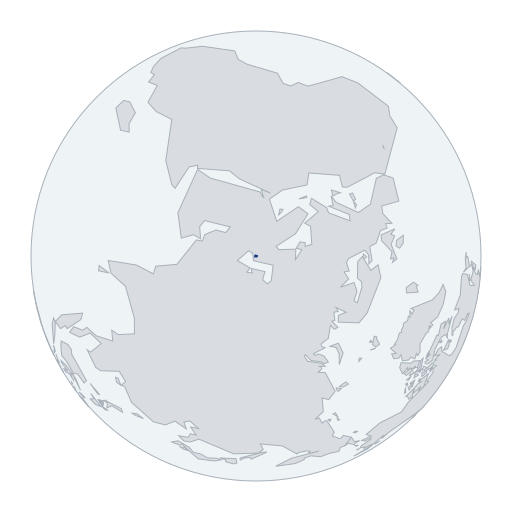 Sabirabad highlighted on a globe, orthographic projection, rotated 135°
{"feature_id": "AZE-1714", "entity_name": "Sabirabad", "entity_type": "District", "adm_level": 1, "iso_a3": "AZE", "parent_name": "Azerbaijan", "parent_adm1": "", "projection": "orthographic", "projection_center": [48.677, 39.865], "detail": "fine", "context": "on_globe", "style": "filled", "palette": "blue", "viewbox_px": 512, "rotation_deg": 135, "n_neighbors": 0, "source": "natural_earth", "source_scale": "10m", "svg_char_len": 11108}
<svg xmlns="http://www.w3.org/2000/svg" viewBox="0 0 512 512"><g transform="rotate(135 256 256)"><circle cx="256" cy="256" r="225" fill="#eef3f6" stroke="#a8b0b8"/><path d="M239.2,31.3L241.7,31.2L246.4,30.9L261.7,33.0L285.8,37.3L296.2,38.1L291.8,38.9L313.4,40.8L328.3,45.3L309.7,40.7L306.5,40.7L315.7,43.7L314.4,44.5L318.1,46.6L315.6,47.4L305.0,45.3L303.2,46.0L309.8,48.1L311.6,50.8L302.1,47.4L304.2,51.9L286.7,50.4L263.3,42.9L251.8,44.9L222.9,45.1L223.8,46.6L213.3,48.5L210.4,51.1L205.9,50.9L207.5,53.3L212.2,53.1L214.4,54.2L213.1,55.9L207.1,55.7L206.9,54.8L204.5,55.7L202.0,55.0L202.5,56.4L195.4,56.3L200.4,59.0L193.1,61.2L188.9,60.6L192.0,57.1L189.9,48.9L186.7,48.1L178.9,49.9L158.8,60.0L154.0,61.0L145.7,64.8L147.0,65.5L154.0,62.9L154.5,65.8L163.0,62.9L164.5,63.8L172.2,62.7L168.1,66.8L160.0,71.6L153.4,72.9L149.6,75.3L153.6,77.5L139.0,84.1L125.5,95.9L122.1,97.5L119.5,93.4L125.5,83.9L122.2,80.8L121.3,87.1L112.7,91.9L110.1,94.7L108.8,97.2L110.9,97.1L107.4,99.9L106.9,94.2L110.1,91.6L110.2,93.2L112.9,89.1L112.6,86.2L108.2,89.4L112.2,83.4L109.2,85.7L108.4,86.1L112.9,82.6L104.8,89.1L105.4,88.5L118.0,77.9L131.4,68.3L145.4,59.7L160.0,52.2L175.2,45.7L190.7,40.4L206.7,36.2L222.8,33.2L239.2,31.3ZM31.6,276.2L33.0,287.7L33.8,293.3L31.6,276.2ZM246.0,30.9L248.6,30.9L242.0,31.2L240.9,31.2L246.0,30.9ZM260.4,31.2L257.0,31.3L255.7,30.9L258.0,30.9L260.4,31.2ZM304.0,38.9L298.9,37.7L304.3,38.7L304.0,38.9ZM319.0,46.7L320.9,46.9L322.0,48.0L319.0,46.7ZM173.9,60.6L173.0,61.6L172.0,61.3L173.9,60.6ZM178.0,59.3L177.5,58.2L179.4,57.4L179.7,58.1L178.0,59.3ZM319.3,50.4L320.5,52.3L317.4,50.0L319.3,50.4ZM178.3,60.9L182.8,56.2L186.1,55.0L190.0,56.7L178.3,60.9ZM320.0,53.2L323.1,58.3L327.6,59.0L316.7,60.4L317.7,55.2L313.2,52.1L317.7,53.6L320.0,53.2ZM214.2,52.3L209.1,52.6L214.6,50.8L214.2,52.3ZM217.1,50.9L230.5,44.8L237.3,45.5L231.5,47.2L241.3,47.3L238.0,50.5L231.9,51.3L228.1,50.1L229.8,52.3L217.1,50.9ZM310.3,60.6L309.4,61.7L308.3,60.2L310.3,60.6ZM215.7,54.5L217.8,53.0L223.9,53.5L220.8,56.5L219.8,55.3L215.7,54.5ZM245.4,45.8L249.4,46.9L247.9,49.8L249.2,50.7L238.5,50.7L245.4,45.8ZM217.8,56.1L219.1,58.1L215.1,59.5L214.1,56.0L217.8,56.1ZM226.8,52.4L229.5,52.8L227.0,53.5L226.8,52.4ZM201.5,66.4L203.8,64.3L207.2,64.2L201.5,66.4ZM219.8,58.7L221.2,58.2L222.8,58.1L222.8,59.7L219.8,58.7ZM238.2,52.9L236.7,54.0L242.5,53.0L241.6,55.4L234.6,55.1L237.2,56.2L236.9,57.0L231.6,56.0L238.2,52.9ZM227.6,61.0L218.4,61.9L213.3,65.6L210.1,65.6L219.0,59.7L227.6,61.0ZM230.4,58.1L227.9,59.8L225.3,58.8L225.3,57.0L230.4,58.1ZM243.4,57.3L246.6,53.6L248.0,53.9L243.4,57.3ZM226.6,62.2L228.8,62.0L226.6,62.6L226.6,62.2ZM238.9,58.9L239.8,57.5L241.4,57.8L238.9,58.9ZM232.5,62.9L229.6,63.1L229.5,61.8L232.5,62.9ZM235.8,61.2L237.8,62.0L231.2,61.2L236.0,60.5L235.8,61.2ZM240.2,59.4L241.4,59.1L239.6,60.0L240.2,59.4ZM234.5,68.0L226.3,67.3L226.1,64.3L234.1,65.3L234.5,68.0ZM61.6,306.2L56.5,268.2L62.2,260.6L65.6,246.8L107.0,222.8L113.2,230.9L142.9,240.1L146.1,243.7L139.9,254.0L159.9,277.3L169.7,270.2L190.6,283.9L206.3,286.7L216.8,265.9L191.1,260.9L189.4,249.1L212.2,243.8L235.1,248.6L235.2,244.2L223.0,232.7L230.6,225.6L219.1,228.0L222.0,233.0L214.9,234.9L211.8,230.5L214.6,228.0L208.3,224.8L196.5,238.3L198.3,244.8L180.5,243.3L181.6,254.3L176.0,257.6L171.9,240.4L174.1,235.1L164.6,214.2L160.7,219.5L169.4,239.8L165.6,237.2L160.4,245.5L161.4,237.2L152.9,214.4L138.5,211.7L115.9,225.9L108.4,223.1L103.9,214.2L116.2,193.8L131.8,202.5L136.4,196.2L136.8,183.1L141.5,187.2L143.6,183.1L149.8,186.0L162.1,180.1L168.9,182.2L177.1,170.8L181.8,170.5L175.6,177.1L175.0,183.2L192.4,188.8L196.8,187.2L200.7,179.5L205.0,182.4L206.6,174.3L218.3,174.2L205.4,167.9L209.6,159.6L218.5,155.0L217.6,151.3L203.1,159.1L199.5,163.3L200.0,168.6L187.9,180.2L181.2,180.4L185.0,164.6L175.9,163.5L182.9,152.4L217.7,137.1L230.5,135.9L244.6,151.2L239.6,155.8L232.1,152.5L235.9,163.1L237.1,158.6L240.7,161.2L245.7,154.7L248.5,156.3L248.5,147.6L252.5,148.9L252.4,154.4L263.1,146.6L272.3,147.8L273.4,145.3L272.0,142.3L284.5,146.3L284.8,144.3L280.8,142.2L278.7,137.1L279.8,129.9L284.1,131.6L284.3,134.4L291.0,143.4L290.8,151.2L292.6,151.2L293.9,144.9L285.6,133.9L285.1,129.1L289.8,133.7L288.1,131.6L289.2,129.8L294.2,129.8L289.5,124.6L295.6,104.4L306.1,103.0L309.6,108.9L318.4,98.4L329.5,98.8L325.8,96.7L327.5,91.1L324.1,90.8L322.4,89.4L325.2,76.2L329.2,74.9L326.2,68.0L324.3,67.0L321.2,67.5L316.7,60.4L327.6,59.0L331.4,61.0L335.6,59.3L343.6,64.5L352.2,68.4L358.6,76.0L364.9,78.9L365.8,77.9L375.0,81.5L390.7,93.4L373.9,87.9L349.5,73.6L359.1,79.5L355.7,79.6L358.4,82.7L365.3,87.1L366.9,86.7L371.7,103.2L385.8,120.0L387.8,114.0L393.8,115.1L411.6,131.8L425.9,166.9L434.1,171.0L437.8,176.3L437.7,183.5L432.3,175.8L428.0,176.7L425.0,171.6L423.1,181.4L418.7,174.6L419.4,186.1L424.3,189.6L427.6,183.1L430.1,196.6L439.5,200.6L445.8,211.4L447.5,240.6L441.4,255.8L442.1,259.9L437.0,259.4L434.2,271.2L447.0,284.7L448.1,290.6L441.7,309.0L440.8,304.9L427.3,303.5L427.7,318.8L438.1,323.3L441.7,333.8L435.0,335.0L431.0,326.0L426.1,325.2L425.4,312.5L417.4,297.2L410.5,305.5L409.0,297.8L397.0,286.9L385.9,298.1L369.7,326.9L370.7,346.4L363.7,357.3L347.0,334.3L341.2,315.9L334.1,319.7L317.8,306.0L286.8,309.5L283.3,304.4L277.2,307.4L265.9,302.7L260.9,294.0L253.6,294.7L267.2,317.3L275.1,316.6L283.0,307.3L285.2,315.3L296.2,321.4L280.7,341.8L236.1,358.5L233.3,343.6L207.8,298.3L209.4,293.5L209.4,292.9L209.2,291.9L205.2,299.5L201.3,290.2L213.2,322.3L214.5,335.0L235.4,359.3L233.1,361.4L240.3,366.3L265.4,361.1L265.1,365.9L252.3,387.3L219.0,412.1L224.4,428.7L223.7,441.1L205.1,446.4L209.0,455.0L199.7,456.0L200.6,460.1L194.4,462.5L183.3,462.9L161.9,456.2L158.8,452.7L145.4,442.0L126.0,416.0L129.5,407.7L126.8,398.1L111.6,370.1L114.8,359.0L111.2,351.6L103.4,348.8L99.5,339.8L95.0,336.9L68.4,322.0L61.6,306.2ZM89.8,240.8L88.0,244.7L88.0,244.8L89.8,240.8ZM257.6,265.0L272.4,266.0L268.6,251.7L274.0,251.1L270.7,246.7L268.2,250.7L260.7,238.6L268.1,234.5L267.7,228.3L262.7,227.7L250.4,237.3L261.1,254.4L256.5,260.1L257.6,265.0ZM112.8,92.2L112.7,92.7L110.8,95.5L110.4,94.8L112.8,92.2ZM110.3,105.8L104.6,110.1L108.4,106.3L106.7,105.8L112.4,97.6L120.7,97.9L115.9,99.0L110.3,105.8ZM122.4,87.5L117.8,92.2L122.5,87.1L122.4,87.5ZM148.9,160.0L149.9,164.0L145.7,167.7L137.1,166.5L142.9,161.0L148.9,160.0ZM152.2,168.8L158.4,154.3L164.0,155.0L159.8,157.0L162.9,158.8L156.9,162.7L156.3,178.0L152.6,182.4L138.6,177.0L145.2,176.1L143.8,172.1L152.2,168.8ZM164.3,120.9L167.0,115.9L175.7,123.5L172.1,127.4L163.2,126.1L162.2,120.8L164.3,120.9ZM184.3,65.4L184.8,64.0L186.4,63.9L187.4,65.0L184.3,65.4ZM202.3,65.4L183.8,72.2L183.5,70.7L173.1,77.1L168.1,75.8L175.0,71.6L163.4,75.8L167.6,71.5L159.8,74.9L175.7,65.6L179.0,62.3L177.2,66.4L181.7,67.5L184.6,67.0L195.5,63.4L204.8,57.5L210.8,58.1L212.5,60.2L211.2,61.7L207.7,60.7L208.4,63.5L202.4,63.2L202.3,65.4ZM229.3,90.9L225.8,87.9L226.2,95.7L220.2,94.6L220.6,95.6L215.1,96.8L209.2,100.2L206.9,99.0L205.6,100.9L202.0,101.9L199.4,104.1L194.4,103.0L190.8,105.8L190.4,103.7L185.7,108.9L187.0,104.6L182.4,105.9L183.6,109.3L162.5,100.3L152.6,100.6L143.8,103.5L147.1,96.5L157.5,89.6L170.8,84.4L179.8,85.4L179.6,82.3L183.9,82.0L182.2,84.5L187.4,80.5L190.4,81.0L202.2,77.9L207.7,72.3L212.2,71.2L211.5,73.7L216.4,71.0L218.2,75.1L221.5,74.5L226.5,78.3L223.4,83.7L227.2,82.8L231.2,85.9L229.3,90.9ZM235.7,69.2L233.4,75.4L228.9,78.0L222.1,70.5L218.9,70.4L214.3,66.3L220.9,62.7L221.6,64.2L223.8,64.8L220.8,65.6L224.8,65.5L225.9,67.6L229.3,68.1L227.6,69.9L235.7,69.2ZM151.6,241.0L154.4,242.7L159.2,244.0L156.0,249.4L151.6,241.0ZM145.5,225.6L148.3,225.9L146.1,233.7L143.2,232.2L145.5,225.6ZM151.7,219.8L148.6,225.4L148.5,221.4L151.7,219.8ZM178.4,177.2L181.6,177.3L181.2,179.3L178.6,181.5L178.4,177.2ZM229.1,115.7L227.8,113.1L229.2,112.5L231.0,106.3L235.6,106.9L236.3,110.9L229.1,115.7ZM211.4,268.9L205.8,272.3L203.9,269.9L206.2,269.2L211.4,268.9ZM178.8,261.4L185.3,266.1L177.8,262.8L178.8,261.4ZM234.4,115.4L234.6,112.7L236.8,114.7L234.4,115.4ZM239.0,107.1L241.9,108.9L236.3,106.3L239.0,107.1ZM262.8,440.7L250.4,459.8L239.5,459.5L236.3,454.2L240.0,442.6L252.3,439.3L258.0,433.3L262.8,440.7ZM465.1,332.7L467.1,329.7L466.9,330.6L465.1,332.7ZM463.2,334.0L465.8,329.9L462.4,336.4L463.2,334.0ZM466.8,328.4L469.5,322.4L470.6,319.2L470.2,321.2L466.8,328.4ZM461.2,336.9L448.5,351.8L442.9,355.4L444.7,351.2L453.8,342.6L461.2,336.9ZM444.2,351.6L435.0,351.8L419.0,338.2L424.8,334.9L440.9,338.2L440.0,341.5L445.6,342.9L444.2,351.6ZM464.6,314.8L463.6,323.3L457.0,331.0L453.8,333.6L451.6,326.3L452.9,319.9L455.7,317.1L464.0,287.8L467.4,287.7L465.5,298.8L468.1,301.9L464.6,314.8ZM371.9,347.9L377.8,356.9L373.6,360.2L371.9,347.9ZM465.4,270.5L463.4,283.2L464.6,268.4L465.4,270.5ZM465.0,258.1L466.1,261.7L463.9,260.0L465.0,258.1ZM443.8,265.6L441.0,269.6L440.0,266.9L443.0,260.1L443.8,265.6ZM450.6,220.7L454.1,229.1L454.8,232.5L451.8,229.1L450.6,220.7ZM273.9,120.4L266.4,128.0L264.0,134.6L267.5,139.9L259.4,136.1L263.0,125.8L273.9,120.4ZM292.5,106.0L289.4,102.0L292.8,101.9L294.0,102.9L292.5,106.0ZM289.2,104.8L281.5,103.4L281.2,100.0L287.3,101.8L289.2,104.8ZM257.8,108.7L255.3,110.8L253.5,109.0L257.8,108.7ZM438.0,388.7L438.8,387.6L439.9,386.2L444.8,378.4L457.9,355.9L468.8,330.0L469.2,328.8L463.1,344.6L455.9,359.9L447.5,374.6L438.0,388.7ZM469.9,324.0L473.4,312.8L474.5,309.3L469.9,324.0ZM480.0,279.5L479.6,282.7L479.5,281.3L480.3,275.2L479.0,279.3L480.5,270.2L480.5,274.3L481.0,267.4L480.0,279.5ZM476.3,294.6L476.0,296.9L475.4,297.3L476.3,294.6ZM477.2,291.0L478.7,287.3L476.9,293.2L477.2,291.0ZM469.6,301.1L470.5,304.2L473.2,296.0L471.1,304.3L472.4,308.6L471.5,312.7L470.4,307.8L469.0,317.7L467.7,319.8L467.6,313.6L469.2,302.2L470.4,296.2L475.0,285.3L469.6,301.1ZM477.4,285.2L476.9,281.2L477.2,276.3L477.8,277.6L477.4,285.2ZM474.2,272.2L471.5,269.6L470.0,275.7L472.1,259.3L474.5,264.5L474.2,272.2ZM470.4,261.2L469.1,266.8L469.8,258.0L470.4,261.2ZM468.2,265.4L467.0,261.2L468.6,259.2L468.2,265.4ZM471.3,259.7L469.9,251.3L471.5,254.5L471.3,259.7ZM463.8,252.0L468.8,254.0L464.0,258.0L459.2,243.3L460.9,239.9L463.8,252.0ZM444.6,174.6L441.7,171.1L442.0,167.4L443.9,170.7L444.6,174.6ZM440.2,153.2L441.1,165.3L441.3,175.6L443.3,175.5L447.2,184.1L441.8,180.5L438.5,168.2L439.1,161.7L435.1,155.1L433.0,147.5L427.1,141.2L424.9,136.6L430.4,140.5L440.2,153.2ZM424.5,138.9L413.5,126.8L415.9,123.1L418.9,124.9L422.9,131.9L421.4,133.3L424.5,138.9ZM411.5,122.9L410.0,124.4L390.4,112.8L386.9,109.6L403.1,115.7L402.4,117.5L406.8,121.2L411.5,122.9ZM311.9,62.3L309.6,61.8L311.5,61.4L311.9,62.3ZM320.5,89.5L318.5,87.5L320.8,86.9L320.5,89.5ZM314.4,82.0L313.2,84.1L312.7,81.1L314.4,82.0ZM310.7,89.0L311.8,84.5L313.3,89.9L310.7,89.0Z" fill="#d9dde1" stroke="#a8b0b8" stroke-width="1"/><path d="M255.3,254.9L255.6,254.9L255.9,255.0L256.0,255.0L256.0,255.3L256.3,255.4L256.5,255.5L256.6,255.8L256.8,256.0L256.8,256.3L256.9,256.5L257.0,256.5L256.9,256.6L256.8,256.8L256.7,256.9L256.6,257.0L256.4,257.0L256.1,257.0L256.0,256.9L255.8,256.9L255.7,256.8L255.7,256.7L255.9,256.7L256.0,256.6L256.1,256.4L256.0,256.2L256.0,255.9L255.8,255.9L255.7,255.8L255.6,255.7L255.4,255.7L255.4,255.8L255.3,255.7L255.2,255.5L254.9,255.6L254.7,255.5L254.8,255.5L254.8,255.4L255.0,255.2L255.3,254.9Z" fill="#3b82f6" stroke="#1e3a8a" stroke-width="1.5"/></g></svg>